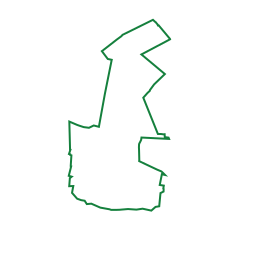 Savinesti, Neamt, Romania, rotated 330°
{"feature_id": "2599482B38400448964387", "entity_name": "Savinesti", "entity_type": "district", "adm_level": 2, "iso_a3": "ROU", "parent_name": "Romania", "parent_adm1": "Neamt", "projection": "mercator", "projection_center": [26.487, 46.871], "detail": "fine", "context": "isolated", "style": "outline", "palette": "green", "viewbox_px": 256, "rotation_deg": 330, "n_neighbors": 0, "source": "geoboundaries", "source_scale": "gbopen_adm2", "svg_char_len": 1326}
<svg xmlns="http://www.w3.org/2000/svg" viewBox="0 0 256 256"><g transform="rotate(330 128 128)"><path d="M115.9,211.4L117.1,209.7L123.6,200.6L127.0,200.8L128.4,198.6L128.3,198.1L130.2,195.8L127.0,193.2L134.2,185.0L136.6,187.2L135.9,184.5L135.2,182.3L132.4,178.6L121.1,162.3L121.2,162.1L121.7,161.5L126.4,152.9L127.8,150.2L129.4,147.7L130.0,147.1L131.8,146.0L133.5,144.8L134.9,143.0L158.1,158.0L158.3,156.6L155.3,154.3L156.6,151.7L155.5,151.2L153.7,149.8L150.9,148.1L156.4,109.4L162.4,107.4L165.5,106.7L166.0,106.1L172.4,103.3L186.9,99.7L176.4,71.0L208.8,72.2L208.9,71.8L205.9,54.6L205.6,54.6L205.2,54.3L205.2,54.0L205.4,53.2L205.0,51.1L205.0,50.5L204.6,49.7L203.7,46.8L169.9,44.6L168.1,45.2L162.6,45.8L143.8,48.4L145.0,58.1L148.0,60.8L125.2,86.7L103.4,112.4L99.6,108.7L94.3,108.3L90.1,105.1L87.3,102.0L85.5,99.9L80.4,93.1L67.8,116.3L67.0,117.7L67.3,118.0L65.6,119.5L63.9,121.0L64.8,121.9L64.5,122.5L65.3,123.4L63.9,125.5L59.5,132.1L59.2,132.7L59.5,132.9L52.8,139.8L53.5,140.5L54.2,141.2L54.8,141.9L54.9,142.0L54.3,142.1L53.7,142.2L52.6,142.3L51.8,143.5L48.0,149.0L51.6,150.9L48.6,154.4L47.1,156.2L48.6,163.8L51.4,167.1L54.1,169.3L54.3,173.3L58.4,175.2L64.2,183.1L71.4,189.2L72.4,190.4L79.0,194.2L87.5,198.2L94.5,202.9L100.3,205.2L106.9,211.2L112.4,210.1L115.9,211.4Z" fill="none" stroke="#15803d" stroke-width="2"/></g></svg>